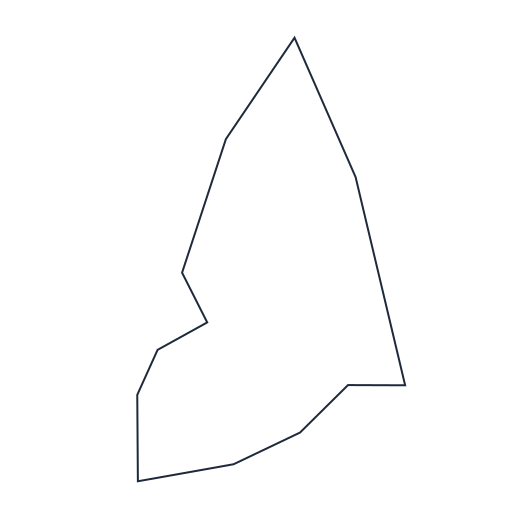 SVG path tracing the border of Għarb, rotated 85°
{"feature_id": "MLT-5975", "entity_name": "Għarb", "entity_type": "state/province", "adm_level": 1, "iso_a3": "MLT", "parent_name": "Malta", "parent_adm1": "", "projection": "robinson", "projection_center": [14.205, 36.061], "detail": "fine", "context": "isolated", "style": "outline", "palette": "slate", "viewbox_px": 512, "rotation_deg": 85, "n_neighbors": 0, "source": "natural_earth", "source_scale": "10m", "svg_char_len": 319}
<svg xmlns="http://www.w3.org/2000/svg" viewBox="0 0 512 512"><g transform="rotate(85 256 256)"><path d="M41.9,198.6L186.1,149.9L397.8,118.7L392.6,175.6L435.7,227.5L461.5,296.5L470.1,393.3L384.0,386.4L340.9,362.2L317.9,310.4L266.2,331.1L136.9,275.8L41.9,198.6Z" fill="none" stroke="#1e293b" stroke-width="2"/></g></svg>